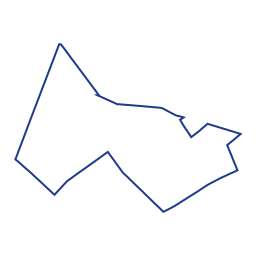 the district of Comuna 11, Ciudad de Buenos Aires, Argentina
{"feature_id": "61730980B31104759078199", "entity_name": "Comuna 11", "entity_type": "district", "adm_level": 2, "iso_a3": "ARG", "parent_name": "Argentina", "parent_adm1": "Ciudad de Buenos Aires", "projection": "albers", "projection_center": [-58.493, -34.603], "detail": "fine", "context": "isolated", "style": "outline", "palette": "blue", "viewbox_px": 256, "rotation_deg": 0, "n_neighbors": 0, "source": "geoboundaries", "source_scale": "gbopen_adm2", "svg_char_len": 3620}
<svg xmlns="http://www.w3.org/2000/svg" viewBox="0 0 256 256"><path d="M240.6,134.0L239.2,133.5L235.7,132.4L235.4,132.3L234.1,131.9L231.1,131.0L230.7,130.9L229.1,130.4L226.5,129.6L226.0,129.4L221.9,128.2L220.0,127.6L219.0,127.3L217.3,126.8L216.4,126.5L212.4,125.3L211.9,125.1L211.7,125.1L207.9,123.9L207.4,123.8L206.2,125.0L203.3,127.5L202.6,128.0L198.8,131.4L198.5,131.6L198.2,131.8L195.5,133.9L194.5,134.7L194.3,134.8L191.2,137.1L188.3,132.7L185.8,129.0L185.7,128.9L183.6,125.7L181.8,122.7L180.1,119.8L182.7,118.0L183.1,117.7L183.6,117.4L179.4,116.2L179.1,116.2L176.8,115.6L175.8,115.3L172.9,113.8L169.6,112.1L165.3,109.8L163.1,108.6L162.6,108.4L161.7,108.1L161.1,107.9L156.7,107.4L155.6,107.3L152.6,107.1L151.5,107.0L150.9,106.9L149.4,106.8L148.7,106.7L147.3,106.6L147.2,106.6L144.9,106.4L141.8,106.1L139.7,105.9L136.4,105.7L132.4,105.3L131.3,105.3L131.0,105.2L130.9,105.2L129.4,105.1L125.3,104.8L118.7,104.2L117.6,104.2L117.4,104.3L113.6,102.5L109.9,100.9L109.6,100.7L109.1,100.5L108.0,100.0L106.2,99.2L102.7,97.6L99.7,96.2L99.3,96.1L98.3,95.6L97.2,95.1L98.6,94.9L97.4,93.2L95.3,90.4L93.3,87.7L91.6,85.5L91.2,84.9L89.1,82.1L87.0,79.3L84.6,76.0L82.2,72.8L79.7,69.5L77.3,66.2L75.0,63.2L73.3,60.8L72.9,60.4L70.8,57.6L69.1,55.2L68.7,54.7L66.2,51.3L65.8,50.7L64.5,49.0L64.1,48.5L62.2,46.0L62.0,45.8L62.0,45.7L61.8,45.5L61.5,45.1L61.1,44.7L60.8,44.3L60.7,44.3L60.2,44.3L59.7,44.2L59.2,44.2L40.5,93.2L35.7,105.8L34.6,108.6L15.4,159.4L16.1,160.0L16.3,160.2L16.5,160.3L17.6,161.1L18.8,162.2L20.1,163.4L21.4,164.5L22.7,165.7L24.0,166.8L26.2,168.8L26.6,169.2L26.9,169.4L27.5,169.9L28.5,170.7L31.2,173.1L31.7,173.5L34.9,176.6L38.6,180.0L41.6,182.8L42.0,183.1L43.7,184.8L44.4,185.4L46.4,187.3L46.9,187.7L48.3,189.1L49.0,189.7L49.4,190.1L50.5,191.1L52.0,192.5L54.5,194.8L55.5,193.7L55.8,193.3L56.2,192.9L57.4,191.6L58.5,190.4L60.2,188.6L60.7,188.1L60.8,188.0L60.9,187.9L62.8,185.7L65.0,183.4L66.9,181.3L68.4,180.2L69.8,179.2L71.3,178.2L72.6,177.2L73.4,176.6L73.9,176.2L74.4,175.9L74.8,175.6L75.3,175.3L75.5,175.1L76.1,174.6L76.6,174.3L77.4,173.7L78.0,173.3L79.1,172.4L79.6,172.1L80.3,171.6L80.6,171.4L81.5,170.8L82.0,170.4L82.7,169.9L82.9,169.8L83.4,169.4L83.7,169.2L84.2,168.9L84.5,168.7L86.0,167.6L90.6,164.3L90.7,164.2L91.2,163.9L91.5,163.7L92.8,162.7L93.6,162.2L94.0,161.9L94.8,161.3L95.3,161.0L95.7,160.6L95.9,160.5L96.2,160.3L96.6,160.0L97.2,159.6L97.6,159.3L98.1,158.9L98.6,158.6L100.7,157.0L100.9,156.9L101.4,156.5L101.7,156.3L103.8,154.8L104.2,154.5L107.8,151.9L110.5,155.6L113.4,159.6L113.9,160.2L114.2,160.6L114.3,160.8L114.6,161.2L116.3,163.6L116.7,164.1L119.4,167.9L119.8,168.4L122.5,172.2L125.0,174.7L125.6,175.2L128.1,177.6L128.5,178.0L131.9,181.3L135.3,184.6L138.3,187.5L138.7,187.9L142.2,191.2L145.6,194.6L146.0,195.0L149.0,197.9L152.4,201.2L155.8,204.5L156.3,204.9L159.3,207.8L161.3,209.8L163.4,211.8L166.0,210.5L166.3,210.4L166.6,210.2L169.8,208.6L172.9,206.9L174.1,206.3L175.9,205.2L177.6,204.1L178.1,203.8L178.5,203.6L179.1,203.2L182.5,201.0L184.8,199.6L185.7,199.0L186.4,198.5L189.6,196.5L190.6,195.9L194.6,193.4L195.1,193.1L195.5,192.8L198.8,190.7L199.5,190.2L202.7,188.1L205.1,186.5L205.9,186.0L206.0,185.9L206.8,185.4L207.8,184.8L208.3,184.5L210.4,183.4L214.2,181.4L214.6,181.2L217.7,179.6L218.1,179.3L221.1,177.8L221.3,177.7L221.6,177.6L221.9,177.4L222.6,177.1L225.6,175.8L226.1,175.5L229.8,173.8L233.7,172.1L234.5,171.7L235.4,171.3L237.5,170.3L237.2,169.8L235.7,165.9L234.2,162.5L234.0,161.9L232.4,157.9L230.6,153.4L228.8,149.1L227.2,145.1L227.8,144.6L228.9,143.7L230.6,142.3L230.9,142.1L234.2,139.4L236.9,137.1L237.3,136.7L239.7,134.8L240.6,134.0Z" fill="none" stroke="#1e3a8a" stroke-width="2"/></svg>